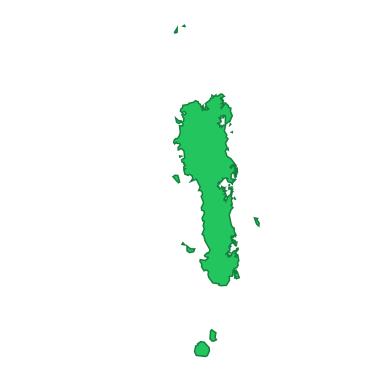 outline of Simeulue, Aceh, Indonesia, rotated 46°
{"feature_id": "22746128B32199422560180", "entity_name": "Simeulue", "entity_type": "district", "adm_level": 2, "iso_a3": "IDN", "parent_name": "Indonesia", "parent_adm1": "Aceh", "projection": "natural_earth1", "projection_center": [96.15, 2.538], "detail": "fine", "context": "isolated", "style": "filled", "palette": "green", "viewbox_px": 384, "rotation_deg": 46, "n_neighbors": 0, "source": "geoboundaries", "source_scale": "gbopen_adm2", "svg_char_len": 6178}
<svg xmlns="http://www.w3.org/2000/svg" viewBox="0 0 384 384"><g transform="rotate(46 192 192)"><path d="M145.7,102.3L142.7,102.3L141.5,103.3L140.9,106.9L139.6,108.1L138.8,107.4L138.6,112.3L137.5,113.6L138.3,115.5L137.7,121.0L142.2,123.0L142.3,122.2L144.0,122.4L142.8,125.0L141.9,124.9L142.3,126.0L141.1,124.7L140.5,127.9L139.2,126.9L139.5,126.0L137.0,126.5L134.8,125.1L132.7,125.7L131.4,124.8L128.6,126.2L128.6,128.4L126.1,132.6L126.2,134.4L123.3,138.3L124.9,140.5L124.5,142.1L125.6,144.1L127.6,144.2L129.0,141.4L131.5,141.9L131.3,143.6L129.3,144.1L129.2,145.5L133.4,146.9L134.8,148.1L135.2,150.9L137.4,151.6L137.8,152.9L135.7,155.0L141.1,159.1L142.6,161.7L143.5,165.2L142.3,166.7L142.3,168.7L143.8,170.9L145.4,171.1L145.4,168.8L146.5,169.1L148.4,167.3L149.9,167.7L150.3,171.1L152.2,172.7L153.5,169.4L156.9,169.3L162.3,173.4L161.6,177.1L163.5,178.3L165.3,177.2L165.9,178.5L168.0,178.1L168.1,180.3L169.7,181.8L170.6,180.9L170.6,182.6L174.3,184.7L177.4,183.2L177.3,181.6L180.3,180.7L182.8,182.0L183.5,185.7L185.8,180.0L194.1,182.6L195.6,186.2L196.9,184.8L199.2,184.8L201.3,186.5L201.4,188.4L207.9,191.2L209.7,196.1L211.8,197.7L213.9,196.6L216.0,198.0L217.9,203.0L220.2,204.3L221.5,203.4L223.9,207.3L227.0,208.7L229.4,214.1L231.6,213.8L236.1,216.5L246.2,219.2L247.5,222.5L246.3,223.3L246.3,227.0L247.5,227.5L250.2,225.7L250.7,226.4L250.4,230.1L246.4,233.0L247.3,234.4L250.4,235.0L252.5,237.1L257.0,238.1L258.3,235.7L260.9,235.4L262.0,237.4L264.8,239.2L271.8,240.2L276.6,236.4L277.3,237.4L279.4,236.4L283.0,232.1L281.6,226.4L278.7,224.0L280.6,221.3L278.3,218.5L279.1,218.0L278.4,216.7L276.6,217.5L277.7,216.1L276.4,215.2L277.5,212.4L276.8,209.8L274.4,208.2L274.1,206.2L268.9,202.7L268.4,203.7L269.4,205.5L268.4,206.0L267.6,203.6L266.2,203.7L266.8,203.1L266.0,203.1L265.3,198.4L264.3,197.9L263.8,199.2L264.9,199.6L263.3,203.7L264.2,205.4L263.4,206.4L265.0,207.6L264.9,209.8L263.6,211.1L262.8,210.5L263.8,208.7L260.3,210.8L260.2,208.3L260.9,208.7L262.0,206.6L260.0,207.3L260.0,205.0L257.3,203.4L258.3,203.1L257.6,202.5L258.1,201.8L256.5,201.3L256.3,198.5L257.7,197.9L255.9,196.0L255.1,196.2L255.9,197.3L254.7,197.4L253.7,196.1L254.0,195.7L252.5,196.3L251.5,195.2L252.6,195.0L251.5,193.8L252.4,193.8L252.5,191.0L253.5,190.2L249.6,189.0L247.2,186.7L245.3,187.4L242.5,186.3L234.3,181.1L231.8,176.1L231.7,173.4L228.4,173.2L229.0,171.7L225.0,169.3L224.7,167.1L223.8,167.6L220.9,165.7L221.5,165.1L220.1,163.8L220.1,162.3L218.7,162.8L218.4,160.8L217.7,160.8L218.4,161.6L218.2,162.3L216.7,161.4L216.5,159.7L215.7,160.3L216.5,162.2L218.1,162.5L220.7,166.1L220.2,169.0L222.2,173.9L221.1,173.1L220.4,174.7L219.5,174.2L219.2,170.7L218.5,171.4L218.5,170.0L217.2,169.2L216.0,170.1L216.4,169.1L214.8,168.4L214.9,166.9L212.7,169.6L213.6,167.1L212.4,166.5L212.7,165.4L211.5,167.3L211.5,165.6L211.1,166.3L210.7,165.4L210.6,168.0L210.2,166.7L208.7,166.8L209.5,167.8L208.8,170.1L207.4,169.1L206.3,170.0L207.0,168.5L205.7,169.8L205.2,169.5L204.8,166.4L204.0,167.1L203.6,165.9L205.2,166.0L204.2,164.6L205.0,163.9L204.6,161.0L202.6,160.3L204.3,160.8L205.0,158.3L207.8,156.4L206.5,157.9L209.9,159.0L212.0,157.4L214.3,157.5L213.6,156.3L212.5,157.0L213.4,155.3L212.5,154.7L213.5,154.1L213.3,152.0L209.7,154.7L206.6,151.6L206.5,148.1L210.4,150.4L210.0,148.8L209.2,148.9L209.0,148.5L210.4,148.6L210.4,147.8L208.5,148.4L208.7,147.3L207.9,147.7L207.7,146.3L207.3,146.6L202.3,143.5L201.5,144.6L201.9,147.5L200.9,147.5L200.3,145.7L201.2,142.4L204.6,143.3L203.8,142.0L195.3,140.9L190.8,142.0L185.9,139.8L184.6,136.0L180.1,134.0L178.8,129.1L176.4,129.3L175.1,127.3L170.7,126.5L167.4,121.7L165.7,123.0L166.1,125.5L164.6,124.9L164.3,126.6L163.2,125.3L160.6,126.1L160.5,125.0L161.7,124.7L161.6,121.9L159.3,121.4L159.3,119.7L158.3,120.5L158.8,121.3L157.5,120.9L158.4,119.8L157.3,118.6L158.7,117.2L160.7,118.4L158.7,116.0L159.5,115.5L160.1,116.4L160.8,115.4L166.6,121.2L166.9,116.6L167.7,116.2L165.1,110.0L160.8,108.4L158.7,105.8L156.7,106.9L155.1,105.9L151.2,106.1L152.2,112.7L151.0,111.8L151.8,110.7L150.0,108.2L149.0,109.3L149.5,107.0L148.1,107.3L148.0,105.9L146.0,105.6L146.4,106.5L145.6,106.1L145.1,107.5L145.3,106.1L144.5,106.2L144.3,105.5L145.8,105.4L144.9,105.0L145.7,102.3ZM315.9,287.8L308.5,287.6L305.7,289.8L305.1,293.4L306.2,293.8L305.4,296.4L308.7,301.1L312.6,302.4L319.8,296.4L320.3,294.6L318.5,290.0L315.9,287.8ZM312.6,276.5L309.9,272.6L304.7,273.6L304.9,275.3L310.2,281.1L313.2,281.1L314.5,279.6L315.3,277.1L312.6,276.5ZM176.3,194.0L170.3,190.7L168.2,192.5L167.8,195.1L175.9,195.4L176.3,194.0ZM233.8,235.9L236.1,232.3L234.8,229.6L232.0,232.5L227.3,233.1L230.8,236.4L233.8,235.9ZM286.5,217.5L281.1,215.0L281.2,216.9L279.2,218.0L280.5,217.6L281.2,218.8L280.5,219.4L281.8,219.1L283.0,220.4L282.9,219.6L283.6,219.3L283.4,220.4L285.2,220.3L286.5,217.5ZM260.9,165.2L256.9,164.5L256.6,163.2L254.0,165.1L259.9,167.8L262.9,167.6L260.9,165.2ZM133.8,153.8L134.1,150.8L133.2,150.4L131.6,152.1L127.5,152.3L131.1,154.6L133.8,153.8ZM259.8,195.1L259.1,194.5L258.4,195.8L256.9,194.8L256.1,196.0L259.7,198.1L260.5,197.0L261.6,198.4L260.9,196.6L259.3,197.3L259.0,195.8L259.8,195.1ZM65.9,93.8L66.8,91.8L63.7,88.7L65.0,93.7L65.9,93.8ZM225.1,233.9L222.2,233.8L222.7,235.6L225.1,233.9ZM209.6,145.8L206.3,143.0L205.5,144.9L205.1,144.5L204.9,144.7L205.4,145.2L206.7,144.6L209.6,147.1L209.6,145.8ZM66.5,83.2L68.0,82.3L68.1,82.0L66.8,81.6L66.5,83.2ZM139.1,125.0L137.4,123.9L137.5,125.4L139.1,125.0ZM280.3,215.5L278.8,214.5L278.4,215.3L279.6,216.1L280.3,215.5ZM226.3,166.2L227.8,165.7L225.8,165.5L226.3,166.2ZM216.3,162.1L214.6,162.1L214.3,162.3L215.5,163.5L216.3,162.1ZM157.5,175.9L158.5,176.5L159.0,174.7L157.5,175.9ZM136.9,111.3L137.2,110.2L136.2,110.4L136.9,111.3ZM187.0,136.7L186.0,136.0L186.2,136.9L187.0,136.7ZM140.9,123.3L139.5,122.8L140.9,123.8L140.9,123.3ZM211.0,148.9L210.8,149.7L211.7,150.4L211.6,149.5L211.0,148.9ZM212.7,160.7L213.4,160.6L212.8,160.0L212.7,160.7ZM176.5,122.0L177.2,121.7L176.8,121.2L176.5,122.0ZM205.0,144.5L204.4,143.9L203.9,143.8L205.0,144.5ZM253.7,194.0L252.8,192.9L252.5,193.4L253.7,194.0ZM170.2,118.1L170.3,117.1L169.7,117.1L170.2,118.1ZM254.0,191.5L253.1,192.0L254.2,191.7L254.0,191.5ZM254.1,196.1L254.2,195.4L253.7,196.1L254.1,196.1Z" fill="#22c55e" stroke="#15803d" stroke-width="1.5"/></g></svg>